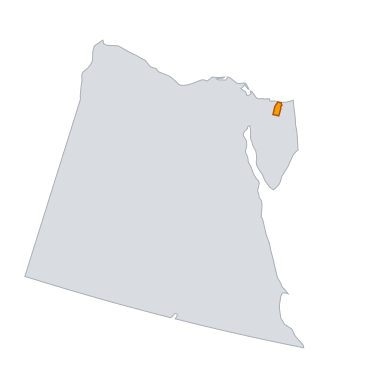 location of El Arish 4, Shamal Sina', Egypt, rotated 13°
{"feature_id": "37247803B14702199074319", "entity_name": "El Arish 4", "entity_type": "district", "adm_level": 2, "iso_a3": "EGY", "parent_name": "Egypt", "parent_adm1": "Shamal Sina'", "projection": "albers", "projection_center": [33.619, 30.865], "detail": "fine", "context": "in_parent", "style": "filled", "palette": "amber", "viewbox_px": 384, "rotation_deg": 13, "n_neighbors": 0, "source": "geoboundaries", "source_scale": "gbopen_adm2", "svg_char_len": 3325}
<svg xmlns="http://www.w3.org/2000/svg" viewBox="0 0 384 384"><g transform="rotate(13 192 192)"><path d="M335.9,318.7L327.9,318.9L320.0,319.1L312.1,319.3L304.1,319.4L296.2,319.6L288.2,319.7L280.3,319.8L272.3,319.8L264.4,319.9L256.4,319.9L248.5,319.9L240.5,319.8L232.6,319.8L224.6,319.7L216.7,319.6L208.8,319.4L204.2,319.4L205.0,317.1L205.5,315.5L205.0,314.4L203.5,314.1L202.5,314.4L200.0,319.1L198.8,319.3L195.9,319.2L186.7,319.0L177.4,318.7L168.2,318.4L159.0,318.1L149.7,317.8L140.5,317.4L131.2,317.0L122.0,316.5L112.7,316.0L103.5,315.5L94.3,315.0L85.0,314.4L75.8,313.8L66.6,313.2L57.3,312.5L48.1,311.8L48.6,306.1L49.0,300.3L49.4,294.6L49.9,288.9L50.3,283.1L50.8,277.4L51.2,271.7L51.7,265.9L52.1,260.2L52.6,254.4L53.0,248.7L53.5,242.9L53.9,237.2L54.3,231.4L54.8,225.7L55.2,219.9L55.7,214.1L56.1,208.4L56.6,202.6L57.0,196.9L57.5,191.1L57.9,185.3L58.4,179.5L58.8,173.8L59.3,168.0L59.7,162.2L60.2,156.4L60.6,150.7L61.1,144.9L61.5,139.1L61.9,133.3L62.4,127.5L62.3,126.4L61.3,122.4L60.6,117.3L59.9,111.1L59.9,109.1L58.3,102.6L58.3,100.8L58.9,99.6L62.7,94.5L63.9,92.0L65.0,89.0L65.4,86.5L64.8,82.5L63.9,79.0L63.8,75.4L63.9,71.9L65.8,69.6L68.0,67.6L68.8,66.2L70.2,64.8L71.1,64.1L72.5,67.4L75.9,68.2L87.3,66.2L99.5,69.8L106.3,71.3L116.7,74.3L122.9,79.0L124.6,79.6L129.3,79.8L132.2,82.4L144.2,84.2L150.5,87.3L154.1,89.7L156.3,90.4L158.2,90.4L160.9,89.7L164.3,88.2L168.0,86.2L175.6,80.9L178.3,80.0L180.0,80.3L182.1,80.3L183.1,78.8L184.2,77.8L184.9,76.7L186.1,75.3L190.0,75.0L197.8,72.8L196.9,73.9L189.8,76.4L192.8,76.8L195.9,76.0L199.5,75.5L200.1,74.3L200.6,72.2L201.3,71.9L203.8,72.4L211.0,75.8L212.8,75.9L217.9,74.2L219.0,73.8L220.7,74.9L224.4,79.1L223.1,79.0L219.1,75.4L218.7,77.1L216.3,80.2L219.2,81.6L221.5,82.2L222.8,83.9L223.6,85.5L225.9,84.8L227.6,82.7L226.7,81.6L226.2,80.3L226.9,80.3L228.5,81.3L233.1,85.4L234.7,86.2L236.5,86.1L240.2,85.0L241.3,85.2L246.3,83.7L246.9,84.8L247.7,85.9L251.8,84.7L258.2,84.7L263.4,83.4L269.4,80.2L269.9,79.7L270.2,80.5L271.0,82.7L272.8,88.2L274.5,92.5L276.5,98.5L277.1,100.8L277.4,102.3L280.3,108.9L282.1,114.3L283.4,118.7L285.2,125.1L286.0,127.3L284.8,128.5L282.3,132.7L279.7,145.9L276.0,156.3L275.6,162.8L275.0,165.1L273.1,168.4L270.9,171.6L266.9,170.0L260.4,164.4L256.6,159.0L252.5,155.5L248.7,150.9L247.7,147.6L247.7,145.5L246.1,140.3L244.9,137.9L240.3,132.3L239.0,129.4L237.9,128.1L236.9,126.2L235.3,119.1L233.6,114.5L231.5,115.7L231.8,117.7L230.0,120.3L228.8,123.3L229.7,125.8L233.4,129.7L234.1,131.4L235.0,135.0L234.8,139.9L235.4,141.5L238.2,145.2L239.2,147.4L239.8,149.3L240.8,150.9L243.6,154.1L247.6,160.2L251.5,164.3L254.3,166.2L255.5,168.2L255.7,173.3L255.5,175.7L258.0,180.3L258.9,182.6L261.3,184.5L262.4,186.6L263.4,190.1L265.0,200.4L267.1,202.9L273.7,216.5L279.2,225.0L282.0,231.4L286.1,239.1L294.4,256.1L299.3,261.3L301.2,264.2L304.7,266.4L308.6,269.6L305.0,269.4L304.1,269.6L302.8,270.2L302.2,272.2L302.0,273.8L302.6,282.5L303.7,286.8L307.0,295.1L309.5,297.5L310.7,299.1L312.3,300.3L320.0,303.0L324.6,308.8L334.8,316.2L335.8,318.2L335.9,318.7Z" fill="#d9dde1" stroke="#a8b0b8" stroke-width="1"/><path d="M259.4,98.3L259.8,90.7L259.1,89.2L260.1,87.3L259.3,86.1L258.8,84.9L258.5,85.0L257.9,85.0L257.5,85.1L256.9,85.1L256.5,85.1L255.9,85.1L255.4,85.0L254.4,87.5L253.5,90.1L253.5,93.2L253.5,97.8L253.4,98.3L259.4,98.3Z" fill="#f59e0b" stroke="#b45309" stroke-width="1.5"/></g></svg>